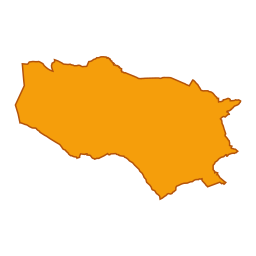 the district of Cacica, Suceava, Romania
{"feature_id": "2599482B8508193610540", "entity_name": "Cacica", "entity_type": "district", "adm_level": 2, "iso_a3": "ROU", "parent_name": "Romania", "parent_adm1": "Suceava", "projection": "natural_earth1", "projection_center": [25.884, 47.647], "detail": "fine", "context": "isolated", "style": "filled", "palette": "amber", "viewbox_px": 256, "rotation_deg": 0, "n_neighbors": 0, "source": "geoboundaries", "source_scale": "gbopen_adm2", "svg_char_len": 5753}
<svg xmlns="http://www.w3.org/2000/svg" viewBox="0 0 256 256"><path d="M240.6,101.0L239.3,100.2L238.6,99.9L238.5,100.0L236.6,100.1L235.7,99.8L234.3,100.5L230.8,100.8L230.2,100.7L230.3,100.2L230.3,99.9L230.2,99.7L229.6,98.9L228.3,98.4L227.8,98.4L226.0,99.2L224.6,99.6L223.3,99.8L223.3,100.5L222.7,100.9L222.3,101.2L221.5,101.4L220.9,101.7L219.6,101.6L218.6,101.9L218.5,101.0L218.5,99.0L218.5,98.4L217.2,98.5L216.9,97.5L216.2,96.9L215.3,96.1L213.1,93.4L211.5,92.2L210.6,91.9L208.8,91.5L208.4,91.3L208.0,90.8L204.8,90.8L203.4,90.9L201.6,90.5L201.0,90.2L200.6,89.5L199.9,88.0L199.5,87.7L199.3,87.4L199.1,86.9L198.5,86.0L197.8,84.7L196.1,83.1L194.8,81.5L193.5,80.3L192.8,80.0L192.5,80.4L189.3,85.8L186.1,84.5L185.0,83.8L183.2,83.1L177.5,80.6L171.2,77.9L169.9,77.6L163.9,77.5L162.3,77.7L161.5,78.2L160.1,78.4L158.6,78.0L156.5,78.0L144.6,78.3L144.4,78.4L141.6,78.5L141.2,78.7L140.5,78.6L138.6,78.5L138.2,78.2L137.6,78.1L136.9,77.5L136.1,77.2L125.9,73.0L125.1,72.7L124.3,72.9L123.9,72.8L123.6,72.3L123.2,72.2L121.7,71.8L121.6,71.6L121.8,71.0L121.2,70.5L121.5,69.9L121.6,68.8L120.4,68.3L120.5,68.2L118.8,67.1L119.1,66.7L117.4,65.6L117.0,65.7L116.4,65.7L115.8,65.5L115.6,65.0L114.9,65.1L113.7,64.9L113.5,64.6L113.6,64.2L114.1,63.5L113.7,63.3L113.2,62.8L112.9,62.9L112.7,62.9L112.5,62.7L112.4,62.4L111.8,61.6L111.8,61.1L111.2,60.8L110.7,60.8L110.6,60.7L110.6,60.4L110.4,59.7L109.9,59.5L110.1,59.2L110.0,58.9L109.3,58.6L108.9,58.2L108.2,58.0L107.4,58.1L107.6,57.7L107.1,57.7L106.6,57.2L105.8,57.0L104.2,56.9L103.8,56.8L101.5,56.8L100.3,57.0L99.5,57.5L98.5,57.7L97.9,57.8L96.8,57.7L96.0,58.5L95.0,59.1L94.1,59.2L93.0,59.9L91.5,61.0L90.2,61.4L88.8,61.6L88.7,61.8L86.9,66.0L86.5,66.4L83.8,66.5L82.8,66.7L81.6,66.4L80.2,65.6L79.8,65.4L79.4,65.4L78.9,65.2L78.5,65.3L77.6,65.4L77.0,65.7L75.6,65.7L74.6,65.8L73.7,65.5L72.9,65.0L72.1,65.0L70.6,64.5L70.2,64.2L68.1,64.5L63.5,64.1L62.1,63.1L58.1,61.0L54.5,59.7L54.7,61.0L54.5,61.8L52.1,63.3L51.8,64.7L51.5,65.4L51.6,67.2L52.9,71.2L52.1,71.0L49.8,70.0L47.7,68.7L45.7,67.1L44.2,65.7L42.9,63.7L40.1,62.1L38.7,61.5L37.4,61.7L35.6,61.7L32.9,61.5L29.3,62.0L27.9,63.9L27.4,64.2L22.3,63.8L23.6,79.0L24.3,85.7L15.4,105.0L18.1,113.9L20.0,122.9L20.7,122.8L22.7,123.5L25.2,124.5L26.4,124.7L28.2,125.7L28.8,126.2L29.6,126.7L32.2,127.9L34.4,128.1L34.6,128.0L35.1,128.0L35.8,128.2L36.5,128.7L36.6,129.1L37.8,130.2L39.7,131.5L39.8,131.7L39.9,132.2L44.7,135.3L46.5,136.2L50.1,138.7L56.0,142.3L59.8,144.5L61.7,147.0L62.5,148.3L63.2,149.2L65.3,150.1L65.9,150.7L66.0,151.1L68.2,153.1L68.8,154.2L70.5,155.6L71.2,155.8L71.7,155.7L72.3,155.9L72.7,156.2L73.3,156.5L74.4,156.8L76.3,157.0L77.0,158.2L77.7,157.7L78.7,157.7L79.7,157.2L79.6,156.2L80.2,154.7L80.6,153.9L84.7,154.4L85.3,154.3L85.4,154.0L86.1,154.0L86.4,153.8L87.1,153.9L87.0,155.0L90.0,155.3L91.2,156.5L91.9,157.6L92.7,158.2L93.3,158.5L94.3,158.7L94.6,159.1L94.8,159.2L95.0,159.1L95.1,158.8L96.0,158.7L96.7,158.3L97.3,158.4L97.9,158.3L98.8,158.4L99.4,158.0L104.2,155.7L107.6,153.6L108.4,154.6L109.5,154.8L109.9,154.7L110.3,154.2L110.8,153.9L115.9,153.6L116.5,154.3L117.1,154.5L118.6,154.7L118.7,155.1L119.1,155.4L120.1,155.7L122.4,156.1L123.9,156.2L124.2,156.7L124.7,157.2L125.0,157.4L126.2,157.8L128.2,159.4L129.2,160.6L130.0,161.2L132.1,162.4L132.7,162.8L134.7,165.2L139.1,169.4L139.6,170.7L139.9,171.2L140.6,171.9L141.8,172.9L142.3,173.5L143.4,175.5L143.9,176.9L144.3,177.6L145.8,179.2L146.1,179.8L146.2,180.8L146.7,182.3L149.9,185.2L151.2,187.1L151.7,188.6L152.1,189.5L152.4,189.8L154.1,190.4L154.7,190.8L155.1,191.2L156.0,192.8L156.7,193.7L157.7,194.3L159.3,195.7L159.7,196.4L160.1,199.2L162.3,198.1L165.2,195.9L165.7,195.8L166.3,195.1L166.7,194.9L166.8,194.7L167.1,194.2L167.6,194.0L167.8,193.8L168.6,193.6L170.4,194.0L171.5,193.7L172.1,193.4L172.3,192.9L172.6,192.5L173.3,191.9L173.8,191.8L174.1,191.4L174.5,191.1L174.6,190.9L175.6,190.3L175.7,190.0L175.9,189.1L175.8,187.9L175.9,187.3L176.3,186.8L176.6,186.3L177.2,185.9L178.4,185.5L181.5,184.0L183.2,183.5L183.8,183.3L187.0,183.1L187.6,183.0L189.5,182.2L190.6,181.8L192.2,181.7L192.7,181.4L194.1,180.3L195.8,179.6L196.1,179.5L196.8,179.7L197.7,179.5L198.6,179.6L199.1,179.0L199.5,178.9L200.6,179.1L202.0,178.7L202.1,179.1L202.1,179.5L201.9,179.8L202.1,180.4L202.3,180.8L205.4,184.2L206.1,185.3L206.5,185.7L206.8,185.8L207.6,186.8L219.9,182.2L220.8,183.0L221.7,183.7L223.2,183.2L224.0,184.2L224.6,183.8L225.8,182.4L224.6,181.7L220.5,178.2L219.9,177.8L218.9,176.0L218.7,175.9L217.6,174.2L217.4,174.1L217.2,174.2L217.7,172.9L215.1,172.0L215.2,172.6L214.8,172.8L214.6,171.5L214.2,170.8L213.5,170.1L213.0,169.2L213.2,168.6L213.1,167.2L213.1,165.7L213.3,165.0L213.8,164.5L214.6,163.6L214.8,163.1L215.0,162.3L215.5,161.9L216.2,161.5L217.5,160.5L218.8,158.9L221.2,157.3L223.7,156.7L224.6,155.8L225.1,155.5L225.9,154.7L226.5,154.8L226.6,155.2L226.7,156.1L227.0,156.2L227.6,155.8L228.6,154.5L231.7,153.4L233.4,153.2L234.3,153.4L235.6,152.7L236.1,152.7L236.3,152.4L237.8,151.3L237.7,151.1L237.0,150.7L235.9,149.6L235.5,149.3L235.0,149.1L234.0,149.1L233.0,148.6L231.9,148.5L231.2,148.1L231.1,147.9L231.9,146.2L229.6,145.5L229.6,144.9L229.6,142.7L229.2,141.4L229.1,140.7L228.4,140.1L227.5,138.8L227.5,138.5L227.2,138.2L226.6,137.6L225.7,136.5L225.4,136.3L225.2,136.0L225.1,135.3L225.2,134.3L225.7,133.9L225.4,132.9L224.0,128.8L223.2,125.9L222.5,124.4L222.0,123.3L221.9,121.7L221.6,120.0L220.9,119.6L220.4,118.9L222.0,117.3L222.9,116.7L223.8,116.5L225.2,117.0L227.8,114.6L229.3,114.3L229.3,114.2L229.2,114.0L229.0,113.8L228.1,112.6L227.8,112.3L226.9,111.9L227.2,111.2L228.4,110.9L228.4,111.0L229.1,110.7L229.5,110.7L231.1,109.6L230.9,109.4L231.8,108.9L232.4,108.1L232.8,108.0L233.8,106.8L234.5,106.1L235.9,105.6L237.8,104.8L239.2,103.6L239.5,102.9L240.2,102.2L240.5,101.5L240.6,101.0Z" fill="#f59e0b" stroke="#b45309" stroke-width="1.5"/></svg>